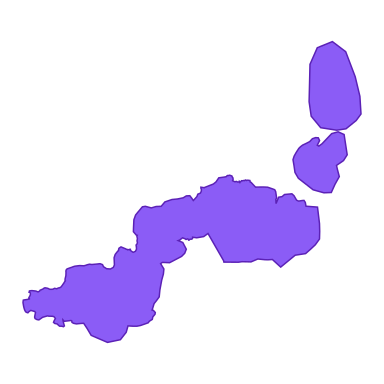 Kadavu, Fiji (Natural Earth projection)
{"feature_id": "14151628B61046117406534", "entity_name": "Kadavu", "entity_type": "district", "adm_level": 2, "iso_a3": "FJI", "parent_name": "Fiji", "parent_adm1": "", "projection": "natural_earth1", "projection_center": [178.202, -18.951], "detail": "fine", "context": "isolated", "style": "filled", "palette": "violet", "viewbox_px": 384, "rotation_deg": 0, "n_neighbors": 0, "source": "geoboundaries", "source_scale": "gbopen_adm2", "svg_char_len": 4498}
<svg xmlns="http://www.w3.org/2000/svg" viewBox="0 0 384 384"><path d="M234.4,181.6L232.6,180.7L233.1,179.6L233.0,178.4L232.8,177.6L232.3,177.1L231.9,176.0L230.6,175.5L229.7,175.2L228.7,175.5L227.6,175.5L227.0,175.8L226.2,176.7L224.0,177.1L218.8,177.8L216.0,181.9L213.4,184.0L204.7,187.4L204.3,187.7L200.9,187.2L200.9,188.2L201.4,189.5L201.3,191.2L200.4,193.1L197.8,194.2L196.9,196.6L194.0,199.8L193.3,200.5L191.7,198.1L189.8,195.7L186.3,195.9L183.2,197.8L177.3,199.0L172.0,199.5L164.9,201.9L161.2,206.3L156.1,206.5L151.3,207.9L145.3,206.3L142.4,206.8L138.2,211.8L135.6,215.0L133.9,219.7L133.5,228.0L133.4,231.7L136.3,235.1L137.2,235.3L136.9,235.8L136.9,236.3L137.4,238.5L137.0,241.0L137.2,241.6L137.4,242.7L137.0,244.0L136.2,244.8L136.1,245.9L136.4,246.2L136.4,247.3L136.5,249.2L135.4,251.3L133.2,252.3L132.6,252.0L130.4,250.4L130.4,249.3L130.0,249.2L129.2,249.7L128.2,249.6L127.6,249.8L127.0,249.3L126.4,249.3L125.6,248.8L121.0,246.9L119.1,248.1L118.7,248.9L118.7,250.0L118.4,250.2L118.4,250.8L117.7,251.2L115.2,254.4L114.1,257.7L114.4,265.0L113.3,267.4L110.4,269.0L106.6,268.7L103.5,266.7L102.5,264.6L100.9,264.0L100.0,263.7L96.4,264.1L91.8,264.5L89.5,264.2L87.0,264.8L86.4,265.1L83.9,265.8L82.0,265.7L80.2,265.6L79.4,265.6L74.8,266.2L73.2,266.7L71.7,267.3L70.4,267.7L67.1,268.9L66.3,269.7L65.9,271.0L66.0,272.5L65.9,275.4L65.8,276.0L65.1,278.9L65.0,280.9L65.2,281.0L64.1,282.5L63.7,283.4L63.2,283.9L63.0,284.3L62.8,284.5L62.2,285.5L61.9,285.8L61.1,286.9L60.3,287.4L60.0,287.5L59.7,287.8L58.6,287.9L57.6,288.3L56.9,288.7L56.3,288.7L54.7,288.3L54.3,288.4L53.2,289.1L52.9,289.1L52.3,289.3L49.8,289.3L48.0,288.4L46.9,288.1L45.0,287.8L44.1,288.1L42.9,289.0L42.4,289.3L41.7,289.5L41.3,289.8L41.1,289.8L40.1,290.2L39.8,290.8L39.4,291.2L38.9,291.5L38.3,291.7L38.0,291.9L36.0,291.1L35.4,291.0L33.7,290.8L31.9,290.6L30.7,290.7L29.6,290.9L29.3,291.1L29.3,291.5L29.1,292.2L29.5,292.2L29.9,292.5L30.3,293.0L30.4,293.9L30.3,295.0L29.7,296.2L29.5,296.5L29.4,296.8L28.8,297.9L28.8,298.3L29.1,298.4L29.4,298.7L29.4,298.9L27.5,299.4L24.9,299.8L23.3,300.1L23.1,301.4L23.0,302.7L23.6,306.2L24.0,307.9L24.6,309.9L25.5,311.6L26.3,312.3L27.9,312.8L29.0,311.6L30.8,310.4L34.7,311.5L35.5,312.5L35.0,314.9L34.6,317.1L35.1,318.6L37.0,319.6L38.9,319.9L42.6,317.3L47.4,315.9L49.0,316.2L50.4,316.2L52.6,316.3L54.0,316.7L55.4,318.5L54.3,320.4L53.5,322.3L54.6,323.4L57.2,324.0L58.5,325.3L59.6,326.2L61.7,326.2L63.5,326.7L64.4,325.9L63.7,323.5L62.9,320.0L62.9,319.8L64.2,321.3L71.0,320.5L71.8,321.0L72.0,322.4L73.5,323.3L76.4,323.9L79.3,323.6L81.6,323.4L83.7,323.3L87.0,328.3L91.2,335.4L107.5,342.4L120.4,339.7L126.2,332.3L128.0,325.9L133.2,326.2L136.9,326.2L140.5,325.5L148.2,322.8L149.4,321.2L152.3,319.4L152.8,316.9L155.0,314.3L155.3,312.5L153.4,310.4L152.1,310.1L154.1,303.6L156.5,300.6L159.2,296.9L159.9,289.9L161.7,280.2L163.4,274.0L163.9,269.0L160.6,263.6L162.4,262.4L169.6,262.7L181.6,256.4L184.7,253.3L186.3,249.2L182.8,242.5L178.2,240.6L179.7,240.0L182.6,237.8L185.5,239.0L185.8,239.4L186.4,239.4L187.3,238.9L187.9,239.0L188.3,239.4L188.6,240.1L189.1,240.1L189.6,239.6L190.1,239.2L191.1,239.2L191.9,239.1L192.6,238.3L192.6,237.2L196.7,237.8L203.7,236.6L208.0,233.5L223.6,260.7L223.9,262.1L238.4,262.2L242.0,261.7L247.2,261.8L251.0,261.9L257.8,259.0L264.8,259.7L267.9,259.8L272.4,259.5L280.7,267.1L295.2,255.2L305.6,253.6L310.8,249.0L315.3,244.8L319.5,239.0L319.7,231.3L319.5,223.6L317.5,207.1L306.0,206.2L305.3,202.4L304.0,200.4L302.4,200.5L298.6,201.1L296.6,200.2L294.0,195.7L291.9,193.8L284.5,194.5L282.1,196.6L278.7,197.2L276.0,203.6L276.0,202.1L275.8,199.6L276.6,197.9L275.7,191.7L274.7,189.7L272.3,188.8L267.6,187.2L263.3,187.0L255.5,187.1L251.0,182.3L250.2,182.0L249.9,180.5L248.0,180.2L247.2,180.2L246.5,180.5L245.7,180.0L245.0,180.2L244.7,180.6L243.6,180.5L242.4,180.8L241.5,180.7L240.5,181.9L239.9,181.9L239.5,181.5L239.5,182.4L239.1,182.1L238.3,181.9L237.3,182.0L236.7,181.5L236.1,181.4L235.1,181.8L234.4,181.6ZM346.0,128.8L356.2,120.5L361.0,114.0L359.9,96.3L355.2,76.7L345.7,51.7L332.4,41.6L317.3,47.7L310.0,64.3L309.1,101.7L311.2,116.2L320.7,127.7L336.7,130.2L346.0,128.8ZM344.1,134.5L338.1,131.8L331.7,133.6L322.0,143.8L318.8,146.1L317.3,145.2L319.6,140.6L318.3,137.8L315.6,137.6L312.4,138.7L309.7,141.6L306.0,143.5L302.6,145.1L300.4,146.8L298.8,148.4L296.1,152.6L294.1,156.2L293.0,159.7L294.0,165.6L295.0,172.5L298.4,178.3L313.1,189.8L323.9,192.8L331.3,192.5L335.0,184.3L339.3,176.6L337.4,169.4L336.5,165.4L343.5,160.6L347.2,154.8L344.1,134.5Z" fill="#8b5cf6" stroke="#5b21b6" stroke-width="1.5"/></svg>